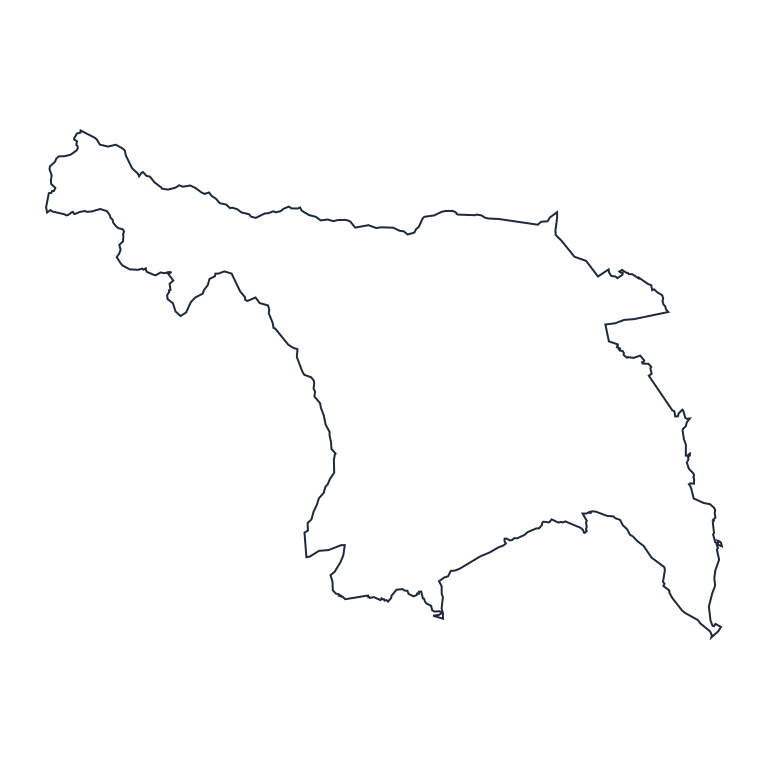 outline of Carbunesti, Prahova, Romania
{"feature_id": "2599482B86728015913545", "entity_name": "Carbunesti", "entity_type": "district", "adm_level": 2, "iso_a3": "ROU", "parent_name": "Romania", "parent_adm1": "Prahova", "projection": "equal_earth", "projection_center": [26.2, 45.227], "detail": "fine", "context": "isolated", "style": "outline", "palette": "slate", "viewbox_px": 768, "rotation_deg": 0, "n_neighbors": 0, "source": "geoboundaries", "source_scale": "gbopen_adm2", "svg_char_len": 6084}
<svg xmlns="http://www.w3.org/2000/svg" viewBox="0 0 768 768"><path d="M443.0,618.7L442.9,613.0L441.6,608.6L442.9,596.9L441.8,594.4L441.6,586.1L439.0,581.2L444.2,577.5L448.0,576.4L450.8,570.9L454.9,570.6L459.9,568.6L480.4,556.3L489.3,552.6L499.0,547.1L503.1,545.7L505.9,543.5L504.5,541.2L504.6,538.7L506.7,538.7L509.9,540.4L512.0,540.1L514.1,538.2L517.3,538.3L524.5,534.9L527.8,532.0L536.4,528.4L539.1,528.3L541.9,525.1L542.3,522.7L543.4,521.7L549.2,522.4L551.7,519.4L558.3,522.6L561.1,521.9L562.6,522.5L565.2,521.4L580.6,527.8L583.0,529.9L584.0,532.7L584.9,532.8L586.7,531.0L586.0,529.4L586.7,526.4L586.0,522.5L586.8,520.9L582.6,513.5L586.8,513.5L588.2,512.5L590.3,513.0L590.8,512.7L590.2,511.7L592.5,511.3L596.0,511.7L607.1,515.9L613.5,516.4L615.2,518.2L620.1,519.9L622.7,525.1L627.1,529.3L629.9,534.6L632.8,536.4L637.8,541.5L643.7,546.0L651.5,557.6L664.3,567.1L664.9,570.1L663.0,581.8L664.5,583.8L663.4,586.0L669.2,590.4L669.5,592.9L672.5,598.3L682.1,610.5L685.2,613.0L698.1,620.2L700.3,623.4L710.0,631.3L711.9,635.2L711.3,637.5L718.3,631.2L721.0,626.9L715.4,623.9L714.0,626.2L712.6,625.9L710.5,620.5L708.9,606.6L712.2,593.4L714.8,586.6L715.1,584.9L714.3,578.6L715.2,570.8L719.1,559.7L716.9,549.6L718.0,548.0L716.7,544.9L717.4,544.5L721.9,546.3L721.0,542.8L719.9,541.6L717.5,540.7L718.4,542.4L717.8,543.6L715.3,542.4L713.1,534.5L714.0,532.8L712.8,522.4L713.8,520.7L712.9,520.1L715.4,517.5L714.7,513.0L715.2,510.0L714.0,507.7L710.0,504.2L703.7,503.0L693.7,498.5L691.4,489.2L690.3,486.0L688.9,484.3L690.2,483.4L694.0,483.7L694.1,478.6L693.3,477.2L694.1,475.4L693.4,473.4L688.9,468.8L686.9,462.8L688.5,459.2L688.0,456.9L689.8,455.6L689.9,453.6L687.2,455.6L685.8,455.6L685.9,444.6L683.9,439.2L682.6,430.6L683.3,428.5L685.7,426.4L686.9,422.1L689.8,418.5L686.8,418.8L685.3,417.8L683.2,410.5L682.3,409.7L678.6,413.5L678.0,416.2L675.2,416.5L674.3,411.2L672.3,410.3L648.8,375.7L651.6,373.9L650.4,368.2L651.3,367.0L648.5,363.8L642.7,363.6L642.0,362.3L643.8,361.5L644.2,360.4L640.2,355.6L633.6,357.9L627.8,357.1L627.0,357.7L623.7,355.1L623.8,352.9L622.7,351.1L619.8,350.5L619.1,349.6L620.1,349.5L620.1,348.5L616.9,347.2L617.2,346.0L617.7,346.1L617.8,344.4L608.9,341.4L605.4,324.5L615.1,323.3L624.1,319.9L634.1,319.1L668.3,312.0L665.9,309.2L665.3,306.4L663.5,304.5L662.5,300.9L663.2,298.7L662.2,295.2L657.0,292.1L654.1,289.3L652.2,290.2L651.2,285.2L648.0,284.0L638.8,277.6L638.6,278.4L632.3,274.2L628.7,274.1L627.9,272.9L626.6,272.9L622.1,269.9L619.3,271.5L620.5,272.5L622.7,272.8L622.5,274.7L617.5,278.1L615.5,276.5L611.2,275.9L609.1,272.5L608.6,269.4L598.0,276.5L586.1,260.9L574.5,256.8L561.4,240.6L555.7,235.0L555.4,230.7L557.1,217.9L557.1,212.2L550.0,217.4L547.6,221.3L541.3,221.7L537.7,224.7L498.8,219.0L488.5,218.5L485.3,217.8L481.2,215.3L476.6,214.6L474.9,215.2L458.2,214.6L456.7,214.1L456.4,212.9L454.6,211.7L452.1,210.9L445.5,211.0L441.9,211.7L434.2,215.4L424.3,216.8L422.5,218.7L418.8,226.9L416.2,229.0L414.3,232.6L407.7,234.5L403.7,231.3L399.7,230.8L393.2,227.7L381.2,227.3L376.2,228.0L368.5,225.2L355.2,227.6L350.2,221.4L345.9,219.9L338.0,220.0L333.3,221.2L327.7,219.5L320.7,220.4L315.8,216.8L309.1,215.1L304.6,212.5L301.5,210.4L300.1,207.5L297.8,208.5L291.6,208.4L288.8,206.6L283.7,208.7L280.5,211.2L276.0,212.3L273.1,211.3L268.7,213.1L264.7,213.5L255.8,217.9L251.0,216.6L249.0,214.2L241.6,212.5L237.0,209.1L232.1,207.7L229.9,208.1L226.3,204.6L219.8,203.2L216.0,198.8L211.6,195.9L209.1,192.5L204.5,193.9L200.9,192.1L195.7,188.1L190.3,185.5L182.8,186.7L179.1,185.3L175.4,187.7L167.9,189.6L161.9,188.6L161.3,187.5L154.6,182.4L149.9,176.6L146.5,175.9L143.0,172.1L141.7,172.6L139.1,176.3L138.0,173.8L132.2,168.4L126.0,155.9L124.7,150.4L122.8,148.6L115.7,144.7L108.1,146.6L99.8,144.6L96.9,139.6L95.0,137.9L80.6,130.5L80.5,132.6L76.9,133.5L74.0,138.7L74.2,139.6L77.0,141.2L76.3,144.8L77.5,146.0L77.8,148.1L76.6,150.4L70.6,154.7L64.4,156.2L58.8,156.4L56.3,158.6L55.0,161.8L50.0,166.3L49.5,169.1L51.7,175.5L50.8,180.6L51.2,184.0L55.4,187.9L53.9,191.0L52.1,191.0L51.3,192.9L48.8,193.2L46.1,207.2L47.1,212.5L50.4,210.1L52.3,211.5L64.5,214.3L66.2,215.4L68.0,215.0L72.3,211.9L73.2,212.1L73.8,213.7L74.9,214.0L80.0,211.9L85.0,211.0L87.2,211.9L92.1,211.4L100.2,209.0L107.0,211.2L109.8,215.2L110.6,218.0L112.6,219.6L113.0,222.3L115.8,226.0L118.4,228.2L122.6,229.2L124.1,231.6L123.0,234.3L123.4,236.1L123.0,241.4L119.3,244.8L120.6,249.8L119.1,253.7L116.7,257.2L120.4,262.9L122.4,265.4L129.8,269.4L138.0,269.8L142.4,268.6L143.5,269.7L145.8,268.3L146.2,270.8L147.0,271.9L153.9,274.9L156.0,275.2L160.4,272.5L165.0,273.2L168.2,272.1L171.5,272.2L168.2,273.8L173.3,280.5L169.6,283.8L170.5,290.0L168.9,290.4L169.2,292.1L167.1,295.1L167.6,299.2L172.9,303.2L175.5,311.4L180.6,316.0L186.1,312.5L190.9,302.0L195.5,297.4L202.8,293.6L203.8,290.3L207.8,285.0L209.5,278.9L215.0,276.2L215.4,273.6L218.5,273.6L224.3,271.4L231.6,273.6L240.1,291.3L244.9,297.1L245.3,299.9L247.3,301.0L255.5,297.5L259.7,303.1L268.0,305.4L269.2,309.4L268.8,313.3L272.7,323.0L273.5,327.9L275.1,328.5L288.3,344.7L292.9,347.7L297.5,349.2L296.8,357.0L302.4,371.7L304.4,374.9L311.0,377.2L313.7,380.4L314.2,383.3L313.6,388.7L315.1,391.7L314.4,396.4L320.1,403.3L320.9,407.8L323.8,415.5L325.6,424.6L329.6,432.0L329.5,435.0L331.1,442.6L331.4,448.9L335.6,453.6L334.7,455.0L333.9,460.0L334.2,472.6L330.0,478.9L327.6,484.5L325.4,486.8L323.7,492.9L318.9,498.3L316.8,504.9L313.6,511.6L311.4,519.5L307.6,523.0L307.9,530.6L304.5,532.6L306.4,557.2L309.9,556.5L319.1,550.8L328.5,550.1L341.0,545.2L344.8,545.1L343.3,555.3L340.4,562.4L334.6,571.8L330.5,575.2L332.5,581.6L332.8,590.2L335.6,593.4L339.1,594.5L340.8,595.6L339.8,596.0L343.1,597.1L345.2,599.2L368.0,595.5L368.4,597.3L369.4,597.0L369.9,597.9L373.9,597.1L380.4,600.1L381.6,598.4L382.4,599.3L383.9,599.1L384.6,600.6L386.5,600.1L388.0,601.6L391.2,598.0L391.5,595.8L396.5,589.7L402.6,589.1L404.3,590.5L407.4,590.8L408.6,593.9L413.4,596.3L416.5,595.2L417.3,593.4L418.9,593.8L418.9,591.7L421.3,591.6L422.9,598.4L424.0,598.6L425.1,601.8L426.7,603.7L431.1,605.8L432.2,610.3L434.4,611.5L439.7,611.3L442.0,612.9L439.0,614.9L433.1,615.7L443.0,618.7Z" fill="none" stroke="#1e293b" stroke-width="2"/></svg>